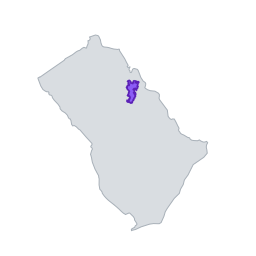 location of Nanumba North, Northern, Ghana, rotated 326°
{"feature_id": "2480657B57712569843933", "entity_name": "Nanumba North", "entity_type": "district", "adm_level": 2, "iso_a3": "GHA", "parent_name": "Ghana", "parent_adm1": "Northern", "projection": "natural_earth1", "projection_center": [-0.086, 8.922], "detail": "fine", "context": "in_parent", "style": "filled", "palette": "violet", "viewbox_px": 256, "rotation_deg": 326, "n_neighbors": 0, "source": "geoboundaries", "source_scale": "gbopen_adm2", "svg_char_len": 6654}
<svg xmlns="http://www.w3.org/2000/svg" viewBox="0 0 256 256"><g transform="rotate(326 128 128)"><path d="M153.0,32.7L154.7,34.5L155.0,35.5L154.4,39.5L153.2,42.2L152.5,44.8L152.6,46.1L153.3,47.3L155.8,49.4L157.1,50.7L158.7,52.7L160.4,54.6L163.4,57.1L164.7,57.6L164.7,58.3L164.2,59.3L164.0,68.7L163.7,71.1L163.5,72.4L163.2,75.9L162.9,76.4L162.3,76.4L161.8,76.5L161.7,77.2L161.9,77.9L163.7,78.4L163.3,79.0L162.0,79.4L161.4,80.5L161.6,81.7L160.9,82.7L161.1,83.3L161.6,83.8L162.3,83.6L164.5,82.0L165.4,81.8L166.5,82.2L168.5,84.6L168.6,85.9L167.7,90.0L166.9,93.2L166.8,97.5L167.7,99.9L167.5,101.2L166.6,102.3L164.5,104.0L164.7,105.1L165.6,107.2L167.4,109.6L170.9,112.5L172.7,116.2L172.7,117.8L171.7,119.3L170.4,120.6L170.0,122.6L170.6,135.2L167.8,140.7L167.8,142.2L168.1,144.1L168.8,145.2L170.2,145.5L171.4,146.5L171.0,150.4L170.4,154.3L170.3,156.2L169.9,157.1L168.8,157.8L168.5,159.1L168.7,160.6L168.5,161.7L169.1,163.2L170.3,165.0L172.4,169.5L173.1,169.9L173.5,170.9L173.3,171.8L174.0,173.8L176.3,175.8L178.6,177.5L180.5,177.8L181.0,179.3L182.2,181.3L183.1,182.2L184.5,182.8L185.7,183.1L185.8,184.8L183.7,185.9L182.2,187.6L181.1,190.3L179.6,193.2L174.4,194.7L172.3,194.7L161.6,194.8L151.5,200.5L145.7,202.6L142.1,205.8L137.3,208.1L134.0,210.9L127.0,212.2L115.6,216.6L112.0,218.3L108.4,221.3L102.6,224.9L100.3,224.8L95.7,221.5L92.2,219.8L83.7,217.3L77.4,216.3L74.4,215.2L73.5,215.0L74.2,213.8L76.0,213.8L77.9,214.1L79.3,213.2L81.3,213.1L81.9,212.1L82.0,209.7L82.0,207.8L82.7,206.9L82.9,204.6L81.9,199.6L81.2,199.0L77.5,198.3L77.2,197.3L76.6,196.2L75.9,193.6L75.1,189.7L73.8,184.9L71.3,176.9L70.7,174.1L70.3,171.3L70.2,167.8L70.7,166.6L70.7,164.8L70.4,163.0L72.2,159.0L75.6,154.1L76.3,152.3L77.0,151.0L77.1,149.2L77.7,143.5L79.3,136.5L80.4,133.9L81.1,132.4L81.9,130.1L82.1,129.0L85.3,126.3L86.7,125.6L87.0,124.5L86.6,123.3L86.8,122.5L87.5,122.1L88.7,121.8L89.5,120.6L88.2,112.0L87.2,103.5L87.1,102.7L86.5,101.6L85.8,98.0L84.8,95.9L83.3,95.3L83.3,93.4L84.8,90.1L85.2,88.2L84.5,87.6L84.4,86.1L84.9,83.6L84.7,82.1L84.4,80.5L82.8,76.8L82.5,74.1L83.3,72.6L83.3,69.2L82.4,63.9L82.3,60.6L82.9,59.2L82.6,57.9L81.5,56.7L81.4,55.5L82.3,54.3L82.2,53.3L81.0,52.7L80.0,51.1L79.0,48.5L79.2,44.4L81.0,36.8L81.3,36.2L83.3,36.3L83.3,36.6L89.6,36.5L96.8,36.4L105.4,36.3L113.2,36.2L113.6,35.9L114.9,35.5L122.8,36.2L127.7,35.9L129.8,36.1L131.3,36.6L134.8,36.3L136.6,36.5L138.0,38.4L138.5,38.4L139.3,37.6L140.6,36.7L142.0,35.9L143.0,34.5L143.6,33.3L144.5,33.6L145.8,33.5L146.7,32.6L147.0,31.1L153.0,32.7Z" fill="#d9dde1" stroke="#a8b0b8" stroke-width="1"/><path d="M156.1,90.3L155.9,89.5L155.7,89.2L155.2,89.0L154.9,89.1L154.4,88.9L154.1,88.9L153.9,89.0L154.0,89.1L153.9,89.3L154.1,89.4L154.1,89.9L154.3,90.0L154.2,90.2L153.9,90.2L153.9,90.4L153.8,90.5L153.8,90.8L153.6,90.9L153.4,90.9L153.3,91.0L153.5,91.2L153.6,91.3L153.6,91.5L153.4,91.7L153.0,91.4L152.9,91.6L153.0,91.7L153.0,91.8L153.2,92.0L153.3,92.2L153.3,92.3L153.4,92.2L153.4,92.4L153.3,92.6L153.3,93.0L153.1,93.1L153.1,92.7L152.9,92.8L152.6,92.9L152.5,92.7L152.3,92.7L152.2,92.5L152.0,92.8L151.8,92.8L151.6,92.9L151.4,92.9L151.3,92.7L151.2,92.7L151.1,92.8L151.1,92.6L151.0,92.8L150.8,92.8L150.8,93.0L150.7,93.1L150.4,93.0L150.2,93.2L150.2,93.4L150.1,93.6L149.9,93.3L149.5,93.4L149.4,93.5L149.4,93.8L149.4,94.0L149.3,94.3L149.3,94.5L149.5,94.8L149.3,95.1L149.3,95.3L149.1,95.7L149.2,95.8L149.4,95.9L149.4,96.1L149.4,96.3L149.5,96.6L149.4,96.7L149.5,96.8L149.7,97.5L149.7,97.8L149.6,98.0L149.6,98.3L149.3,98.3L149.1,98.5L148.9,98.7L148.7,98.6L148.5,98.8L148.6,99.0L148.3,99.2L148.5,99.4L148.5,99.5L148.2,99.6L147.9,99.7L147.7,99.6L147.5,99.8L147.3,100.0L147.2,100.2L146.9,100.2L146.9,100.4L147.1,100.6L147.1,100.8L146.9,101.0L146.7,101.0L146.3,100.8L146.2,101.0L146.1,100.7L145.9,100.8L146.0,100.9L145.9,101.1L145.9,101.4L146.0,101.4L146.0,101.5L146.3,101.6L146.4,102.2L146.6,102.3L146.8,102.1L147.0,102.2L147.1,102.4L147.0,102.5L147.0,102.8L146.9,102.8L146.9,103.1L146.8,103.5L146.7,103.6L146.8,103.7L146.6,103.8L146.6,104.2L146.4,104.4L146.2,104.5L146.0,104.1L145.9,104.1L145.6,104.1L145.5,104.3L145.2,104.5L145.3,104.7L145.2,105.1L144.8,105.1L144.9,105.4L144.7,105.5L144.7,105.4L144.2,105.6L144.2,105.3L144.1,105.5L144.0,105.2L144.1,104.9L143.6,104.9L143.6,105.3L143.1,104.9L143.1,105.0L142.9,105.1L142.5,104.7L142.3,104.8L142.1,105.1L142.0,105.4L142.0,105.7L142.1,106.2L142.2,106.3L142.4,106.3L142.5,106.4L142.6,106.6L142.8,106.5L142.8,106.4L143.0,106.5L143.2,106.9L143.3,106.9L143.4,107.0L143.5,107.1L143.4,107.3L143.5,107.5L143.7,107.3L143.8,107.3L143.9,107.5L144.1,108.0L144.0,108.3L143.9,108.4L144.0,108.6L144.1,108.8L144.3,108.7L144.4,108.9L144.5,108.9L144.5,109.0L144.8,109.0L145.0,108.9L145.1,109.2L145.3,109.0L145.4,108.8L145.5,108.8L145.5,109.0L145.6,109.3L145.8,109.3L146.1,109.1L146.3,108.6L147.2,108.2L147.5,108.2L147.9,107.8L148.1,108.0L148.3,107.8L148.3,107.6L148.6,107.7L148.7,107.4L149.0,107.4L149.1,107.1L149.5,107.0L149.6,106.9L149.6,106.7L150.1,106.5L150.3,106.6L150.3,106.4L150.5,106.4L150.8,106.4L151.0,106.1L151.3,106.1L151.4,105.8L151.5,105.7L151.7,105.8L151.7,105.7L151.8,105.4L151.9,105.5L152.0,105.2L152.5,104.9L152.6,105.0L152.7,104.9L152.9,104.7L153.2,104.4L153.3,104.4L153.5,104.1L153.4,104.0L153.4,103.4L153.6,103.3L153.7,103.2L153.5,102.8L153.2,102.8L153.2,103.0L153.3,103.0L152.9,103.3L152.6,103.3L152.4,103.4L152.3,103.5L152.2,103.5L152.2,103.4L152.3,103.2L152.5,103.0L152.6,102.8L152.3,102.1L152.3,101.9L154.0,101.1L154.3,99.7L154.2,99.6L154.1,99.4L153.8,99.3L153.8,99.1L153.9,98.9L154.4,98.8L154.3,99.0L154.5,99.1L154.9,99.5L155.1,99.4L155.3,99.3L155.6,99.3L155.9,99.1L156.2,99.1L156.3,99.2L156.3,100.2L155.8,100.4L155.8,100.7L156.0,101.2L156.2,101.4L156.5,101.3L156.6,101.0L156.7,100.6L156.7,100.2L156.9,100.2L157.0,100.3L157.2,100.2L157.4,100.3L157.5,100.1L158.0,100.3L158.3,100.3L158.6,99.9L158.8,99.7L158.7,99.5L158.8,99.3L158.7,99.0L158.7,98.9L158.9,98.8L159.0,98.9L159.1,99.0L159.2,98.9L159.3,99.0L159.4,99.3L159.5,99.3L159.7,99.1L159.7,98.9L159.5,98.1L159.6,97.8L160.1,97.5L160.6,97.4L160.8,97.1L161.2,96.7L161.4,96.1L161.6,96.0L161.8,96.0L162.0,96.1L162.2,96.4L162.3,96.4L162.5,96.2L162.7,95.6L162.6,95.4L162.4,95.2L161.9,95.2L161.3,95.5L160.8,95.4L160.5,95.4L160.1,95.5L159.7,94.8L159.8,94.5L159.9,94.4L160.1,94.4L160.7,94.5L161.0,94.7L161.1,94.8L161.3,94.7L161.4,94.3L161.2,94.0L160.8,93.6L160.3,92.9L159.5,92.5L159.4,92.2L159.1,92.2L158.8,92.1L158.5,92.3L158.4,92.5L158.2,92.6L157.8,92.8L157.9,93.0L157.9,93.3L158.0,93.4L158.0,93.7L157.5,93.5L156.9,93.5L156.7,93.7L156.5,93.3L156.4,93.2L156.2,92.9L155.9,92.6L155.7,92.6L155.7,92.3L155.4,92.1L155.4,91.9L155.8,91.8L156.0,91.8L156.1,91.7L156.2,91.2L156.1,90.3Z" fill="#8b5cf6" stroke="#5b21b6" stroke-width="1.5"/></g></svg>